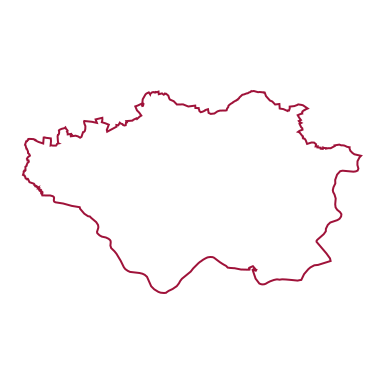 the district of Piltown Lea-5, Kilkenny, Ireland
{"feature_id": "5873133B76837533212426", "entity_name": "Piltown Lea-5", "entity_type": "district", "adm_level": 2, "iso_a3": "IRL", "parent_name": "Ireland", "parent_adm1": "Kilkenny", "projection": "equal_earth", "projection_center": [-7.187, 52.347], "detail": "fine", "context": "isolated", "style": "outline", "palette": "rose", "viewbox_px": 384, "rotation_deg": 0, "n_neighbors": 0, "source": "geoboundaries", "source_scale": "gbopen_adm2", "svg_char_len": 5912}
<svg xmlns="http://www.w3.org/2000/svg" viewBox="0 0 384 384"><path d="M361.0,155.8L354.4,154.3L352.4,152.9L350.3,150.7L349.4,148.0L349.6,147.3L347.0,146.8L344.5,145.6L342.8,145.3L341.1,145.3L339.3,144.6L334.6,145.4L334.8,146.0L330.7,148.2L328.1,148.2L326.1,148.6L326.1,148.1L324.2,148.0L323.1,147.5L322.8,148.9L320.7,148.7L320.7,147.7L317.5,147.4L317.7,146.3L315.6,146.4L316.1,144.3L314.1,142.6L311.5,142.5L307.1,143.9L305.7,140.2L304.6,138.7L303.2,138.5L302.8,137.9L303.1,137.5L302.9,136.3L302.5,136.2L300.0,133.0L299.1,132.2L298.1,131.9L299.6,130.8L302.5,129.7L302.3,128.3L301.1,127.1L299.5,123.8L301.3,122.9L299.5,121.9L298.8,121.0L300.9,120.0L299.1,117.6L297.7,115.2L300.0,114.2L302.1,113.6L301.8,113.1L302.4,112.3L302.4,111.5L303.0,111.0L304.3,110.1L304.7,110.1L305.0,109.7L307.7,108.5L303.0,105.3L301.5,104.9L298.2,104.4L297.2,105.0L294.3,106.1L289.7,106.6L289.7,108.5L289.0,110.5L287.9,110.4L287.6,111.0L283.4,109.1L280.0,108.6L279.7,108.5L279.4,104.0L275.1,104.5L272.3,101.5L269.9,100.5L266.0,96.1L264.7,92.5L263.7,92.3L263.5,92.6L262.6,92.3L259.5,92.0L258.1,92.2L253.8,91.0L251.4,91.4L251.2,91.2L250.2,92.1L249.1,92.4L247.7,93.3L246.6,93.4L244.1,94.4L242.3,94.8L239.3,97.6L239.0,98.4L238.2,98.8L237.6,99.8L237.0,99.8L236.2,100.6L235.7,100.6L234.2,101.6L233.4,101.9L232.8,102.6L230.6,103.9L229.0,105.2L228.4,105.9L228.2,107.2L227.1,108.5L226.6,110.3L225.6,110.5L219.9,110.6L217.4,111.4L214.4,113.5L210.7,113.9L208.6,112.9L208.0,109.2L205.8,109.9L205.0,110.3L204.9,110.6L202.6,111.7L200.7,112.2L199.4,111.0L199.0,109.2L198.4,108.5L198.5,108.1L195.4,108.0L195.2,105.6L188.3,106.5L183.1,104.4L176.9,104.5L173.7,101.2L170.0,99.6L169.3,98.6L168.3,95.6L166.0,93.7L165.0,93.6L165.0,94.0L163.7,94.7L162.0,93.4L158.8,94.2L158.5,91.6L157.9,91.8L157.7,92.2L156.1,92.0L156.1,92.3L155.1,92.6L154.8,92.2L153.9,92.3L153.6,92.1L152.2,92.3L150.4,93.7L150.2,94.5L148.8,92.4L146.5,93.5L145.5,94.4L142.7,99.3L142.4,102.6L143.5,103.9L143.0,105.8L142.3,106.0L141.4,103.8L137.6,105.6L135.3,106.4L137.0,110.4L139.2,112.6L141.3,115.6L139.8,116.5L137.0,119.0L136.5,118.3L133.3,119.8L132.5,120.6L126.3,121.1L126.9,122.4L126.0,122.6L125.7,125.2L124.3,125.5L123.4,125.1L122.8,124.8L122.5,124.1L120.6,123.5L119.8,122.7L118.3,125.3L116.4,125.0L116.5,126.7L107.2,131.7L106.8,129.9L108.8,124.7L105.4,123.3L101.8,122.2L102.4,119.7L102.3,117.8L95.6,119.4L96.9,122.9L92.0,121.8L83.5,120.9L84.0,121.2L84.4,123.7L85.4,126.1L85.3,129.0L84.8,131.0L83.6,132.2L83.0,132.2L81.5,136.8L80.1,137.7L78.0,136.4L75.6,135.7L70.8,136.3L70.7,135.8L71.6,134.7L71.1,134.5L71.1,133.9L67.7,134.4L67.6,132.7L67.0,131.8L67.4,131.5L67.6,130.6L66.0,128.7L65.4,127.4L64.6,128.1L61.5,128.9L59.6,129.8L58.9,130.4L59.2,132.0L59.0,133.7L58.4,134.8L57.9,134.9L57.6,136.3L57.9,141.1L58.2,143.2L58.6,143.4L57.5,143.6L57.0,144.0L56.3,145.5L56.7,145.6L52.9,145.6L51.3,145.3L50.6,145.5L51.0,141.2L50.8,138.4L45.9,137.8L44.6,137.4L43.7,137.5L43.2,143.5L38.4,141.9L35.6,140.5L35.7,140.3L34.9,140.0L35.0,139.7L33.4,139.1L29.3,138.9L28.3,139.0L28.2,139.2L28.2,139.9L27.5,140.3L27.1,141.2L26.2,141.3L25.0,144.9L25.5,145.3L26.4,148.7L26.8,148.7L28.0,151.5L28.0,153.0L29.4,154.4L29.9,155.7L27.7,157.4L26.9,158.9L27.3,159.3L27.4,160.4L28.5,160.4L28.8,161.5L28.7,162.0L27.5,163.0L26.6,165.1L26.7,165.7L25.4,166.8L25.5,170.3L25.1,170.8L24.5,170.6L24.9,170.2L24.4,170.4L23.6,171.9L23.8,172.3L23.0,174.9L24.3,175.3L24.7,175.7L24.7,176.4L25.3,177.0L25.6,178.4L26.4,178.8L27.3,178.8L27.3,179.3L28.1,179.2L29.5,182.2L33.9,183.7L34.3,184.2L34.2,184.9L35.8,185.7L35.6,186.1L36.2,186.1L36.1,186.6L36.6,186.9L37.3,186.8L37.8,187.5L38.3,187.3L38.0,187.8L38.8,188.0L38.5,188.4L39.2,188.3L39.0,189.0L38.3,189.1L40.1,189.6L39.3,190.2L39.6,190.7L40.5,191.1L41.2,190.9L41.7,191.4L40.8,191.6L42.3,192.8L41.9,193.3L41.3,192.8L41.1,193.1L41.3,193.6L42.2,193.9L42.0,194.4L42.3,195.4L50.3,195.5L52.8,196.2L53.8,197.0L54.1,197.9L53.8,200.1L54.0,201.2L54.3,201.7L55.4,202.3L63.1,203.5L71.8,205.9L79.7,207.2L80.1,208.8L84.3,213.7L88.0,216.2L89.9,216.5L91.1,217.8L96.2,222.1L98.0,224.9L98.3,226.5L98.3,227.8L97.0,231.9L97.3,233.2L99.5,235.3L101.8,236.6L105.9,237.5L108.6,238.8L110.0,240.0L110.6,241.0L110.7,242.5L110.4,245.6L111.2,248.1L114.5,251.3L116.5,253.8L120.7,260.8L123.9,267.3L125.3,269.1L127.7,270.8L130.0,271.9L139.5,273.0L142.4,273.7L144.7,274.8L147.0,276.8L151.2,286.3L154.2,289.3L158.4,291.9L160.7,292.7L164.0,293.0L166.0,292.8L166.3,292.5L168.6,290.9L172.6,289.0L176.8,286.1L178.9,283.4L180.1,281.2L180.5,280.6L181.9,278.8L182.5,278.3L190.7,271.6L193.2,268.4L198.6,263.0L199.5,262.3L200.1,261.8L200.8,261.4L202.3,260.3L202.5,260.1L204.5,258.9L206.8,257.7L207.4,257.5L207.9,257.3L210.2,257.0L212.4,257.1L213.6,257.5L213.8,257.6L215.2,258.6L216.2,259.4L218.2,260.9L220.2,262.4L221.2,263.0L221.9,263.5L224.2,264.9L224.8,265.2L225.9,265.8L226.4,266.2L226.7,266.5L227.2,267.1L227.7,267.6L229.3,267.8L229.7,267.9L233.8,268.2L234.5,268.2L236.4,268.6L240.9,269.5L248.3,269.7L249.1,269.7L249.5,269.6L249.6,268.7L249.0,268.4L249.2,267.8L252.9,266.2L254.7,268.3L253.9,268.9L256.3,269.8L255.8,270.7L253.5,269.9L252.7,270.1L254.4,275.1L255.3,277.7L255.5,278.5L255.9,279.1L256.2,279.4L259.3,283.5L260.5,284.0L260.8,284.1L262.1,284.4L264.1,284.3L265.6,283.8L266.5,283.3L267.1,282.9L268.0,282.4L268.8,282.0L270.2,281.3L273.8,280.0L276.5,279.4L277.7,279.4L279.5,279.7L282.2,279.3L286.1,279.5L290.7,279.9L292.8,280.1L297.6,280.6L299.4,280.2L301.3,279.9L304.1,274.1L308.3,269.2L310.4,267.4L314.3,265.3L318.1,264.9L330.6,261.0L330.0,258.4L326.4,253.4L316.6,241.9L316.5,241.0L317.2,239.9L323.7,234.2L325.8,231.3L325.9,228.8L327.8,224.9L330.3,222.5L337.4,220.1L339.5,218.8L341.1,216.5L341.4,214.2L340.1,212.2L337.1,209.7L335.6,207.4L335.2,204.3L335.7,198.5L334.5,194.5L333.2,192.1L332.8,190.1L333.5,187.2L335.3,183.5L335.2,179.9L337.1,174.6L340.2,171.2L342.6,170.7L353.5,171.7L355.7,171.4L357.6,170.6L358.4,168.6L357.4,165.0L357.5,161.2L359.5,157.4L361.0,155.8Z" fill="none" stroke="#9f1239" stroke-width="2"/></svg>